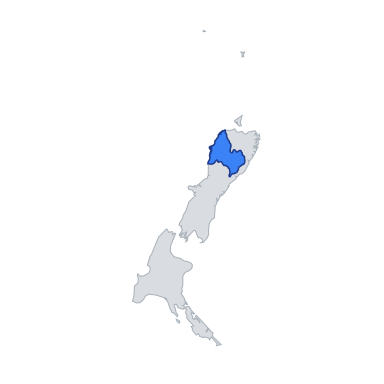 location of Otago within New Zealand, rotated 168°
{"feature_id": "NZL-3407", "entity_name": "Otago", "entity_type": "Regional Council", "adm_level": 1, "iso_a3": "NZL", "parent_name": "New Zealand", "parent_adm1": "", "projection": "orthographic", "projection_center": [169.783, -45.312], "detail": "fine", "context": "in_parent", "style": "filled", "palette": "blue", "viewbox_px": 384, "rotation_deg": 168, "n_neighbors": 0, "source": "natural_earth", "source_scale": "10m", "svg_char_len": 7283}
<svg xmlns="http://www.w3.org/2000/svg" viewBox="0 0 384 384"><g transform="rotate(168 192 192)"><path d="M196.9,153.7L198.4,153.9L205.2,149.1L208.0,148.1L208.7,148.0L207.1,149.5L207.4,150.6L205.7,154.0L207.0,153.5L207.9,151.1L208.8,150.7L208.6,149.3L212.5,150.0L211.0,152.3L208.9,153.6L210.2,153.8L213.3,151.5L213.2,152.9L209.1,156.9L210.2,159.2L209.1,161.0L210.2,160.9L211.6,162.4L210.6,164.2L206.2,168.8L205.5,171.2L201.5,175.3L197.1,183.0L189.4,187.8L190.7,189.3L188.0,191.1L190.1,190.8L191.4,193.9L194.7,195.0L194.9,197.9L192.7,198.7L190.6,197.2L187.5,197.6L188.6,196.5L187.3,195.6L184.9,198.0L181.8,195.0L183.5,198.4L176.9,202.1L174.2,202.3L173.2,204.4L171.7,204.5L172.6,205.2L170.3,215.7L168.5,215.6L170.1,216.8L169.9,217.9L167.7,220.9L164.7,228.9L165.7,230.8L165.6,232.2L160.3,234.2L152.5,243.9L145.5,245.3L141.6,244.2L137.0,244.9L136.2,242.2L134.6,240.8L130.5,240.9L128.5,238.0L126.8,237.3L124.8,238.9L118.4,238.9L117.2,238.4L116.9,237.3L119.2,234.2L117.0,235.9L116.1,235.8L116.9,234.4L116.8,233.1L114.1,234.5L114.3,231.9L120.1,229.9L117.8,229.8L117.6,228.9L119.8,226.8L116.7,227.1L117.2,224.8L118.9,224.7L118.2,223.1L121.8,224.7L121.3,223.1L122.6,222.6L120.2,221.5L120.0,219.8L121.2,218.5L122.9,218.9L121.7,217.5L124.6,214.5L125.3,216.7L125.4,213.5L129.1,210.4L130.6,211.5L129.9,208.7L136.1,201.3L139.6,199.4L141.5,199.7L144.7,197.4L146.1,198.3L145.6,196.7L146.0,195.9L154.3,191.8L154.3,190.4L155.2,190.2L154.6,189.9L159.4,185.3L161.4,185.7L160.2,184.4L162.2,183.2L164.1,184.1L163.0,182.7L164.8,181.9L165.7,183.1L165.8,181.3L168.7,177.7L169.2,180.6L169.5,180.2L169.4,177.4L171.5,174.0L173.1,173.4L172.4,172.3L175.6,161.9L178.8,160.7L181.6,157.7L183.7,151.9L184.4,147.5L186.2,144.3L191.2,140.4L195.1,140.5L192.3,140.8L191.9,143.0L192.7,144.8L195.5,146.2L196.9,153.7ZM198.9,38.2L203.2,46.0L205.6,43.7L205.9,45.5L210.2,47.8L211.0,47.1L214.6,49.3L215.1,52.0L217.6,51.2L220.5,57.1L219.9,58.5L220.8,60.6L218.2,60.6L223.4,69.7L222.6,72.7L223.4,74.9L221.9,78.7L224.1,80.0L225.0,79.1L229.7,81.8L230.6,85.5L232.8,85.6L232.5,76.8L231.3,74.4L232.4,73.1L235.2,78.0L236.4,77.9L237.6,81.8L238.6,90.1L240.3,92.8L239.3,92.3L239.1,92.9L240.0,93.7L248.7,98.7L255.4,101.1L259.3,99.8L261.9,96.7L265.9,94.5L269.5,95.1L272.9,97.6L270.5,102.0L267.9,111.9L263.7,114.4L262.4,119.5L262.9,121.6L262.0,123.2L260.6,120.8L257.1,119.8L251.0,121.8L249.2,124.2L248.7,127.4L250.8,129.6L246.6,137.6L244.4,139.7L234.1,154.8L224.9,161.0L223.8,160.3L223.3,157.5L219.6,157.4L220.0,154.3L219.6,153.9L218.1,155.6L216.6,154.9L224.1,143.8L225.6,138.2L224.5,135.1L222.8,132.2L217.1,129.4L214.4,126.4L208.9,123.8L207.4,122.2L206.8,120.4L208.0,117.4L211.1,115.7L215.6,114.7L218.4,111.8L220.5,102.3L222.4,99.0L222.0,96.8L223.8,95.3L221.4,89.1L222.0,87.2L221.2,86.9L219.7,83.0L220.8,82.9L221.7,85.1L222.7,83.3L224.5,83.0L222.6,80.5L220.1,81.1L218.4,80.2L217.3,76.4L214.8,72.3L215.6,72.2L217.6,74.3L218.4,72.8L217.2,70.5L217.8,68.2L216.1,66.8L215.9,68.2L212.9,65.9L211.4,62.2L211.4,64.0L214.6,69.5L213.6,70.5L213.0,69.9L204.6,55.6L207.8,51.9L205.9,52.6L204.1,54.8L203.3,53.8L202.8,52.1L200.7,49.7L201.7,48.3L201.8,46.5L195.3,36.7L200.1,36.5L198.9,38.2ZM132.0,246.6L134.3,250.1L133.1,249.9L133.1,250.7L135.5,251.4L135.5,253.0L127.1,256.4L130.2,250.3L129.9,246.7L132.0,246.6ZM114.2,316.5L115.0,318.8L112.5,317.7L111.1,318.3L113.0,316.0L113.2,313.6L115.1,313.8L114.2,316.5ZM233.4,68.1L233.8,70.8L231.1,68.6L231.0,67.2L231.8,66.3L233.4,68.1ZM207.6,147.0L205.8,147.9L206.3,145.8L208.4,144.5L207.6,147.0ZM117.0,229.1L116.8,230.3L114.4,229.9L116.2,228.4L117.0,229.1ZM147.3,346.3L147.9,347.2L146.7,347.5L145.6,346.3L147.3,346.3ZM119.5,220.7L120.1,222.8L118.5,221.8L119.5,220.7Z" fill="#d9dde1" stroke="#a8b0b8" stroke-width="1"/><path d="M170.6,216.4L170.5,216.6L170.4,216.9L169.6,218.4L168.2,219.8L167.5,221.3L167.2,222.5L167.1,222.8L166.9,223.3L167.1,223.5L167.3,223.7L167.3,224.1L166.8,224.6L166.7,224.9L166.7,225.0L166.8,225.5L166.6,225.8L166.2,226.0L166.0,226.3L166.1,226.7L165.9,226.9L165.8,227.0L165.6,227.0L165.4,226.8L165.4,227.0L165.5,227.2L165.6,227.5L165.4,227.7L165.2,227.8L164.8,227.7L164.5,227.8L164.5,228.0L165.0,228.2L164.7,228.8L164.5,229.0L164.3,229.1L164.0,229.3L163.9,229.3L163.8,229.5L164.0,229.8L164.3,229.9L164.5,230.0L164.6,229.8L164.8,230.0L165.2,230.1L165.4,230.3L165.4,230.5L165.2,230.7L164.6,230.8L164.4,230.9L164.1,231.3L163.9,231.5L163.7,231.5L163.5,232.0L163.1,232.3L162.9,232.6L163.2,232.5L163.6,232.3L164.0,232.0L164.5,231.8L164.7,231.7L164.9,231.3L165.0,231.1L165.3,230.9L165.5,230.8L165.6,230.6L165.7,230.8L165.8,231.1L165.7,232.0L165.6,232.3L165.4,232.3L165.2,232.4L164.9,232.3L164.8,232.5L164.7,232.6L164.7,232.8L162.2,233.0L161.1,233.4L160.2,234.0L159.5,235.0L159.4,235.4L159.3,235.6L159.3,236.2L159.2,236.5L159.0,237.0L158.8,237.3L158.6,237.6L158.3,237.8L157.7,238.0L157.4,238.2L157.1,238.5L156.9,238.8L156.7,239.1L155.0,240.3L154.6,240.9L154.4,241.8L154.5,242.2L154.4,242.4L154.1,242.5L153.8,242.8L153.7,242.8L153.1,242.6L152.9,242.6L152.7,242.6L152.4,242.8L152.2,242.8L152.3,242.9L153.3,243.0L153.1,243.6L152.7,243.8L152.3,244.0L151.9,244.3L151.7,244.3L151.4,244.2L151.1,244.1L150.8,244.2L150.7,244.3L150.0,244.7L150.1,244.8L150.2,245.0L150.3,245.1L150.0,245.2L149.6,245.1L149.2,245.1L149.0,245.5L148.7,245.3L148.7,245.2L148.3,245.1L148.0,245.2L147.9,245.3L147.6,245.5L147.4,245.7L147.0,245.8L146.8,245.7L146.6,245.6L146.7,245.2L146.7,244.1L146.9,243.7L147.0,243.3L147.0,242.9L146.5,242.3L146.4,241.9L146.4,241.4L146.3,241.0L146.2,240.6L146.3,240.0L146.4,239.6L146.5,239.1L146.5,238.0L146.1,237.0L146.0,236.5L146.0,236.1L145.9,235.5L145.5,234.9L145.2,234.5L145.1,233.9L145.1,233.4L145.1,232.9L145.1,232.5L144.9,232.1L144.6,231.8L144.4,231.6L144.3,231.0L144.2,230.6L144.2,230.3L144.2,229.8L144.3,229.3L144.4,228.5L145.2,227.0L146.0,224.7L146.5,224.3L146.3,223.5L145.2,222.3L144.7,222.0L144.2,222.3L142.9,224.3L142.3,224.6L141.9,224.5L141.4,224.3L141.1,223.7L140.4,222.6L140.0,221.8L139.7,221.6L137.6,222.6L136.8,222.7L136.3,222.7L135.7,222.4L135.5,221.9L135.5,221.4L135.1,220.6L134.9,220.0L134.8,219.5L135.2,218.0L135.2,217.7L134.5,217.4L134.2,217.1L133.8,216.6L133.6,216.1L133.4,215.5L133.3,214.9L133.6,214.2L133.8,212.8L133.7,212.2L134.0,210.9L134.2,210.3L134.6,209.5L135.0,209.0L135.4,208.7L135.7,208.4L137.2,208.2L139.6,207.0L140.4,206.9L140.8,206.6L141.2,206.2L141.5,205.7L141.8,204.9L141.9,204.5L142.0,204.2L142.2,203.9L142.5,203.6L143.0,203.3L143.4,202.8L143.5,202.5L143.6,202.3L144.2,201.8L144.8,201.6L145.3,201.5L145.9,201.5L146.7,201.4L147.2,201.1L147.5,201.1L147.8,201.3L148.1,201.4L148.5,201.5L149.0,201.3L149.4,201.0L149.9,200.7L150.3,200.4L150.7,200.2L151.0,199.8L151.1,199.5L151.3,199.2L151.7,199.1L151.9,199.1L152.3,199.3L152.3,200.3L152.2,200.7L151.9,201.3L151.7,201.7L151.4,202.1L151.1,202.5L151.0,202.9L150.7,203.3L150.7,203.7L150.7,206.8L150.7,207.2L150.8,207.5L151.2,207.6L151.5,207.9L151.7,208.4L151.9,209.5L152.2,209.9L152.4,210.0L152.8,210.0L153.1,210.4L153.8,211.2L154.7,211.1L155.1,211.3L155.5,211.7L155.8,212.3L156.2,213.6L156.6,214.6L156.9,215.2L157.2,215.5L157.6,215.8L158.5,215.8L159.5,215.6L160.0,215.6L160.2,215.8L160.4,216.1L160.3,216.5L160.4,217.0L160.5,217.4L160.8,217.9L161.0,218.1L162.2,217.4L164.2,215.7L164.6,215.5L165.1,215.4L165.6,215.4L166.6,215.1L168.8,215.7L170.0,216.3L170.6,216.4Z" fill="#3b82f6" stroke="#1e3a8a" stroke-width="1.5"/></g></svg>